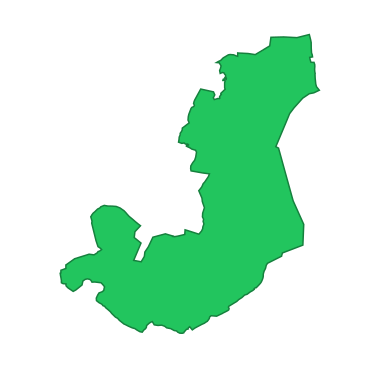 Fufore, Adamawa, Nigeria, rotated 349°
{"feature_id": "59680162B6607126567740", "entity_name": "Fufore", "entity_type": "district", "adm_level": 2, "iso_a3": "NGA", "parent_name": "Nigeria", "parent_adm1": "Adamawa", "projection": "mercator", "projection_center": [12.553, 9.248], "detail": "fine", "context": "isolated", "style": "filled", "palette": "green", "viewbox_px": 384, "rotation_deg": 349, "n_neighbors": 0, "source": "geoboundaries", "source_scale": "gbopen_adm2", "svg_char_len": 4578}
<svg xmlns="http://www.w3.org/2000/svg" viewBox="0 0 384 384"><g transform="rotate(349 192 192)"><path d="M198.9,192.0L200.6,200.0L200.5,201.3L200.3,203.3L200.6,205.6L201.2,209.8L198.4,214.9L198.4,215.0L197.5,218.4L198.2,220.9L197.3,223.0L197.6,225.6L195.9,228.5L195.8,228.9L195.6,229.8L194.0,232.1L190.7,234.7L180.5,229.1L178.0,227.8L176.8,232.3L169.8,232.6L166.0,232.5L165.5,231.9L165.1,232.1L164.8,232.0L165.1,231.7L163.1,230.7L161.7,230.0L159.8,229.0L157.9,228.0L145.0,228.9L138.6,237.6L134.3,241.9L132.9,246.2L128.8,250.8L121.7,248.0L132.2,232.4L126.6,225.7L128.4,220.1L135.0,215.3L132.7,212.7L132.5,212.4L130.8,210.4L128.8,207.8L127.5,206.2L125.6,203.9L124.2,201.6L122.9,199.3L121.6,197.3L120.9,196.6L120.0,195.7L118.4,194.0L116.4,192.7L114.8,191.7L111.2,190.7L106.6,189.7L103.3,188.4L99.7,189.1L98.4,190.1L96.1,190.7L94.9,191.5L94.1,192.0L93.1,192.7L90.8,194.0L89.1,195.6L88.7,196.2L87.9,197.0L88.3,201.5L87.6,203.5L88.5,221.5L88.6,222.2L89.3,227.7L91.4,229.8L92.3,231.3L89.9,232.4L88.5,232.5L87.2,233.7L83.8,235.0L79.1,233.4L76.0,233.8L64.1,235.1L54.7,239.4L54.3,239.5L53.6,243.0L48.4,243.8L47.8,246.5L47.1,246.6L47.1,247.2L47.0,248.8L47.0,251.6L46.9,253.9L46.9,254.5L46.7,254.8L46.5,256.2L47.7,257.2L48.6,257.6L48.8,257.6L50.8,258.2L50.5,259.2L50.6,260.4L52.1,262.6L56.4,266.9L59.3,266.0L66.3,262.3L67.9,258.6L70.4,257.4L72.6,257.3L74.9,258.2L76.0,259.5L76.6,261.4L79.4,261.8L81.9,262.6L85.5,263.8L87.3,266.8L88.1,268.5L87.5,269.4L86.6,271.8L84.7,272.8L81.5,273.3L79.8,275.1L77.8,277.9L77.5,280.4L79.6,282.9L82.1,284.9L83.0,286.7L84.5,287.5L85.1,289.0L87.0,291.3L89.0,293.9L89.4,294.7L90.0,295.9L91.3,297.8L92.9,300.1L93.3,300.5L94.9,301.8L96.2,304.1L100.1,308.7L101.1,309.3L104.0,311.6L107.2,313.8L107.3,313.9L109.9,315.2L111.5,316.9L114.2,319.2L116.4,320.1L117.7,318.9L119.1,317.8L120.1,317.5L121.3,316.3L122.0,314.4L125.0,312.6L126.6,312.0L128.3,311.6L129.6,315.2L133.1,316.5L136.8,316.9L139.6,318.6L141.2,320.5L145.1,322.1L148.1,324.6L150.3,325.4L151.2,326.8L153.0,328.2L155.4,328.8L157.0,328.7L157.6,327.9L158.8,327.0L160.4,325.7L162.0,325.8L162.4,324.7L164.0,323.8L166.0,327.4L168.9,326.1L171.1,325.4L176.4,323.8L179.0,323.2L181.3,322.2L182.3,321.9L183.3,321.0L184.7,319.7L185.5,318.0L187.2,317.1L192.5,318.6L195.1,317.9L198.7,317.0L199.7,316.6L202.0,316.0L204.3,315.3L204.6,315.2L205.7,314.6L206.2,313.2L205.8,312.4L205.8,311.9L206.3,311.2L209.0,310.2L213.0,308.7L215.0,308.0L217.4,306.5L220.7,305.2L222.4,304.2L223.9,303.2L226.6,302.9L230.1,301.2L232.6,300.4L234.6,299.4L234.5,298.8L236.1,298.0L236.8,298.2L239.4,296.4L241.7,294.7L243.0,293.4L244.3,291.5L245.3,289.8L245.9,288.2L246.3,286.2L247.6,283.6L249.6,281.0L250.9,278.1L252.5,276.4L267.7,272.1L267.8,271.6L268.2,271.0L269.1,269.1L290.7,265.3L295.5,245.1L289.6,220.0L287.4,192.4L285.7,170.3L285.3,165.4L282.9,163.5L283.4,162.8L297.5,141.7L302.4,134.3L302.8,133.7L308.5,128.6L309.6,127.8L318.6,121.0L321.2,119.9L323.1,119.1L325.9,117.9L330.5,117.9L336.4,116.4L334.3,112.4L334.1,109.6L334.4,106.4L334.6,103.9L335.2,100.0L335.5,99.2L335.5,98.2L335.5,97.2L335.8,94.9L336.5,92.3L336.8,90.3L336.5,88.0L333.5,87.4L333.2,84.6L333.2,82.3L336.1,82.4L336.2,80.5L335.9,78.2L336.5,73.6L337.5,68.0L337.5,67.9L337.5,65.4L337.2,59.8L324.5,60.5L311.6,57.3L299.0,55.2L296.2,63.4L280.3,69.2L273.6,66.8L268.0,65.4L264.7,64.6L263.4,64.2L262.7,67.5L261.5,66.9L259.1,65.3L255.6,64.3L253.8,64.3L250.5,65.5L248.2,66.3L245.3,68.3L242.5,69.0L240.8,69.6L243.4,70.4L244.6,73.7L243.5,76.2L242.3,78.0L242.3,81.0L244.6,80.5L246.1,81.1L246.5,82.5L247.2,83.5L247.1,85.0L246.2,85.9L247.4,86.5L247.4,87.3L247.1,87.9L245.9,87.1L244.3,87.2L243.8,87.9L243.6,88.4L245.4,88.8L245.8,89.4L244.9,90.8L243.9,96.1L244.2,97.4L239.2,100.6L239.0,101.4L239.3,101.8L237.3,103.6L237.2,105.2L236.4,105.6L235.5,105.1L233.3,105.4L231.5,105.5L230.9,103.6L232.9,101.0L232.2,97.8L220.2,92.6L212.3,102.1L211.3,103.6L210.4,105.6L210.7,106.3L210.9,107.3L210.1,108.4L209.1,108.7L208.0,108.9L207.0,109.8L204.9,113.2L203.7,115.1L202.7,117.4L201.8,120.7L202.1,122.0L202.4,123.6L194.7,127.4L194.1,129.5L192.8,131.0L191.6,132.1L191.4,133.1L191.1,134.0L190.5,134.8L189.9,135.7L189.6,136.8L189.1,138.4L188.3,140.5L189.1,141.0L191.2,142.3L193.7,142.4L194.7,143.7L196.9,144.1L197.6,145.1L196.7,145.8L196.2,145.3L196.1,145.0L195.8,145.0L195.2,145.8L195.8,146.4L198.2,148.1L199.9,149.8L203.5,151.7L204.0,153.8L202.3,158.4L200.7,161.3L198.7,163.0L197.7,164.0L195.8,166.2L195.4,167.8L195.1,168.9L195.1,171.1L206.3,175.4L212.6,177.5L211.0,180.0L206.3,184.7L204.6,185.9L202.7,188.7L201.5,189.8L199.9,191.2L198.9,192.0Z" fill="#22c55e" stroke="#15803d" stroke-width="1.5"/></g></svg>